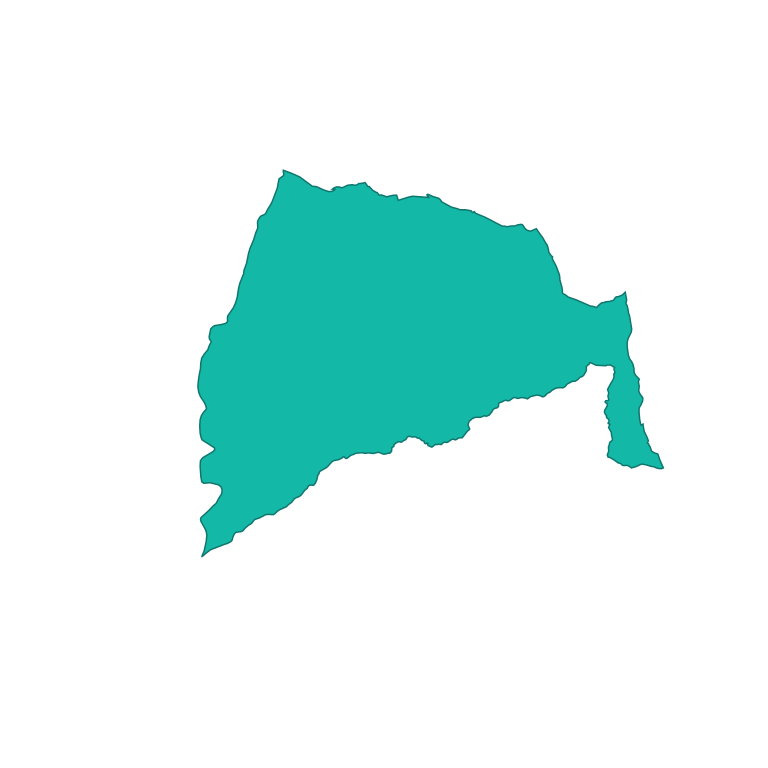 Ciénega, Boyacá, Colombia, rotated 144°
{"feature_id": "7082276B91225455065481", "entity_name": "Ciénega", "entity_type": "district", "adm_level": 2, "iso_a3": "COL", "parent_name": "Colombia", "parent_adm1": "Boyacá", "projection": "albers", "projection_center": [-73.291, 5.4], "detail": "fine", "context": "isolated", "style": "filled", "palette": "teal", "viewbox_px": 768, "rotation_deg": 144, "n_neighbors": 0, "source": "geoboundaries", "source_scale": "gbopen_adm2", "svg_char_len": 6171}
<svg xmlns="http://www.w3.org/2000/svg" viewBox="0 0 768 768"><g transform="rotate(144 384 384)"><path d="M633.1,351.3L627.8,351.7L621.8,351.9L607.8,348.2L604.2,347.0L600.5,346.5L598.8,346.9L595.8,349.3L593.5,350.5L591.9,351.0L590.3,350.7L586.2,348.5L584.2,348.2L581.2,349.0L576.8,349.4L573.2,349.1L568.4,350.4L563.2,348.8L556.6,347.9L553.9,346.3L550.4,343.4L548.7,343.2L545.4,343.7L542.8,343.7L535.1,342.1L532.0,342.6L528.1,342.6L524.1,343.8L522.2,343.7L518.3,342.7L515.8,343.0L510.5,344.6L507.6,344.7L504.8,346.1L502.7,345.4L500.9,343.7L500.2,343.5L498.1,344.0L496.6,344.8L494.4,346.2L491.2,349.1L489.2,349.7L488.5,350.5L486.9,351.0L479.5,350.2L477.7,350.4L472.1,351.7L469.6,351.5L465.3,349.5L461.6,348.8L459.5,349.0L459.1,348.7L458.7,346.3L457.5,345.6L452.5,345.8L450.0,344.9L447.8,344.6L446.4,343.9L442.5,341.5L439.6,338.7L437.3,337.6L433.5,334.1L428.9,332.2L427.7,330.9L426.3,328.4L425.2,327.2L423.6,326.3L421.7,325.8L420.1,324.6L417.6,325.0L415.0,327.9L412.9,327.7L412.3,328.0L411.9,328.9L411.3,329.1L409.2,329.2L406.3,328.8L405.8,328.5L404.4,326.9L403.2,326.6L401.5,326.7L399.1,326.2L396.5,327.3L395.2,327.3L394.0,326.5L392.0,324.2L390.0,323.2L389.3,322.2L388.8,320.7L387.3,319.5L386.6,316.1L385.2,314.3L386.0,312.4L385.3,311.1L383.8,310.9L383.4,310.4L383.4,310.1L384.3,309.4L384.5,308.2L382.6,305.0L381.8,304.7L378.9,304.9L377.5,304.7L376.8,303.8L375.2,303.2L373.6,301.6L372.8,301.3L371.2,301.8L369.8,301.6L367.0,299.5L361.4,299.3L360.2,298.5L359.2,296.9L357.8,296.5L355.2,296.5L352.3,294.5L344.4,296.8L341.5,297.0L340.9,297.7L340.7,299.5L339.8,301.9L336.9,303.9L335.4,303.8L332.5,304.2L332.0,303.7L330.6,303.8L327.9,302.2L326.4,300.9L325.0,300.2L321.3,299.3L320.7,298.2L319.7,297.6L317.2,297.0L312.8,298.2L310.7,299.2L308.9,299.2L306.7,298.3L305.2,298.3L304.7,298.5L302.5,300.9L301.7,301.0L298.8,300.1L296.8,300.0L294.8,299.1L294.0,297.9L292.6,296.9L287.5,296.8L286.3,296.4L284.3,293.7L280.9,292.3L278.5,290.2L276.6,287.6L272.9,287.7L266.6,285.1L264.0,282.0L263.3,280.4L261.9,279.8L260.3,279.8L257.2,280.4L254.5,279.8L251.8,280.2L247.4,279.6L244.1,277.9L241.6,275.8L240.8,275.6L238.9,275.5L235.8,276.3L229.5,275.3L228.9,274.6L227.4,273.8L224.2,273.7L221.4,274.2L219.2,273.5L217.2,273.7L213.3,275.4L211.8,276.7L210.2,279.0L208.4,279.5L206.3,279.5L204.9,280.3L204.1,279.4L201.4,274.5L193.7,268.3L192.7,268.4L190.2,266.6L189.6,266.4L187.8,261.8L188.8,261.3L189.3,260.7L190.4,257.6L191.2,257.1L192.1,257.1L193.9,254.3L197.1,252.3L199.3,251.6L206.3,248.2L207.5,244.6L210.1,242.4L211.3,239.2L212.1,238.8L214.5,240.1L215.4,239.8L215.8,239.0L215.0,236.9L215.5,236.0L216.8,234.8L220.8,233.1L222.2,231.7L222.7,229.6L222.6,227.4L223.3,226.8L223.7,225.6L223.1,224.0L223.3,222.3L224.0,221.4L225.2,221.0L225.9,220.3L225.8,219.9L225.1,219.4L225.0,218.6L227.9,216.8L228.5,211.6L229.1,210.2L230.1,208.7L231.5,205.2L232.7,204.2L235.1,204.2L236.1,203.8L237.6,202.3L239.3,201.3L241.8,197.5L245.0,195.4L245.7,193.3L244.4,191.7L242.6,187.6L240.9,182.5L239.4,180.8L238.8,177.9L237.5,176.7L236.2,176.1L234.9,174.9L233.9,173.2L233.2,170.7L228.9,169.1L222.6,167.8L219.5,164.6L216.3,160.3L214.3,158.4L212.9,155.9L211.3,154.0L209.3,152.4L207.3,151.9L205.5,160.4L203.7,166.1L203.8,166.7L205.8,169.4L207.0,172.3L205.6,177.0L205.6,178.7L205.2,179.8L205.5,181.6L203.5,182.6L202.5,186.4L201.4,192.3L199.7,196.3L198.0,199.3L199.8,199.5L200.3,199.7L200.2,200.1L198.1,204.8L194.3,211.2L192.3,213.9L191.1,215.0L189.1,215.7L184.8,218.2L183.0,220.3L182.7,221.2L182.8,225.3L182.0,228.7L178.8,232.2L177.4,235.3L176.6,236.6L174.6,237.8L175.3,243.2L175.2,244.8L174.5,246.9L172.7,249.5L171.1,253.4L170.5,256.4L170.5,260.0L169.4,263.6L165.6,270.8L163.0,274.5L160.2,277.0L153.6,280.6L151.4,282.7L145.2,295.0L144.4,297.9L143.3,299.7L141.2,304.6L141.1,306.8L138.1,309.6L134.9,316.5L139.0,315.9L143.3,317.0L144.9,318.0L146.4,317.8L148.8,316.9L150.1,317.2L152.5,318.0L156.7,320.3L158.1,320.6L160.0,321.7L162.7,321.7L167.2,321.0L169.2,323.9L171.3,325.9L178.8,338.7L183.9,346.1L184.9,349.8L186.1,351.7L186.1,352.7L184.4,355.3L182.9,358.4L180.3,365.4L179.6,366.1L177.9,369.2L175.4,378.3L174.3,386.0L173.8,387.1L172.9,387.7L173.4,390.0L173.3,392.9L173.0,394.0L171.0,398.3L170.8,400.1L170.3,400.2L170.3,403.3L169.6,409.0L169.7,413.1L169.5,420.1L175.6,421.5L177.5,423.7L178.0,424.6L178.5,427.3L178.3,430.8L178.5,431.6L179.4,432.7L182.7,434.3L185.6,435.0L186.5,435.9L188.3,437.1L192.0,438.9L193.7,440.9L195.5,442.1L204.1,459.3L209.6,468.3L209.6,470.3L211.7,470.7L211.7,472.9L215.6,477.0L220.0,480.2L221.7,482.8L225.4,487.3L229.9,496.6L230.2,497.9L230.1,500.1L230.6,502.1L234.2,506.9L237.0,511.7L238.1,511.8L238.2,508.7L250.5,519.1L254.4,520.8L264.5,524.2L262.8,529.4L265.9,531.4L271.8,533.9L274.8,538.3L277.0,539.8L277.0,542.7L278.0,544.3L279.3,547.4L279.9,552.5L281.0,553.1L280.9,558.0L284.0,559.4L286.5,560.9L289.2,561.1L289.9,561.4L290.9,562.1L292.7,564.0L296.7,566.2L302.5,567.3L304.5,569.8L306.3,571.2L308.8,572.0L311.2,572.0L309.5,570.6L309.4,570.2L311.5,570.1L314.1,571.1L315.8,572.4L318.9,576.7L322.1,582.5L323.5,584.2L325.7,586.0L330.5,601.1L334.9,608.7L339.8,616.1L341.1,614.2L341.6,612.8L343.0,611.6L348.1,611.7L349.4,610.7L355.3,605.1L367.5,597.1L371.7,595.1L374.1,594.3L379.8,591.4L381.8,591.5L384.4,592.2L386.8,591.8L389.8,590.4L391.5,588.9L394.4,584.4L398.7,581.8L404.4,577.5L412.6,572.5L416.6,569.5L424.2,562.5L430.5,558.2L432.6,555.8L441.5,550.2L445.2,547.1L451.9,540.3L456.2,537.0L460.8,534.3L470.4,530.9L472.1,529.2L473.3,527.1L475.0,526.1L477.1,526.3L481.3,528.0L486.7,530.8L489.2,530.9L491.8,530.4L497.6,525.1L498.9,522.7L498.6,520.4L499.5,519.4L503.4,517.4L506.5,515.2L511.7,513.9L516.2,512.1L519.8,508.8L523.7,504.0L527.7,500.4L532.7,495.3L536.2,491.2L538.8,486.1L539.9,481.7L540.2,475.0L540.8,471.7L542.0,468.5L543.7,467.8L546.4,467.3L550.2,465.8L553.6,463.3L557.7,458.4L561.7,452.2L563.6,447.7L564.0,445.7L558.7,432.1L559.6,430.3L561.9,429.8L573.9,430.9L577.6,429.8L581.2,425.4L586.8,416.4L588.9,412.0L588.1,409.6L582.8,406.4L577.3,399.9L576.3,396.8L577.2,393.4L579.9,390.6L585.8,388.2L589.9,386.1L594.4,385.7L600.4,384.6L610.6,383.5L612.1,382.2L612.8,380.5L613.9,371.7L614.9,368.2L616.6,365.3L620.8,360.7L627.6,354.7L633.1,351.3Z" fill="#14b8a6" stroke="#0f766e" stroke-width="1.5"/></g></svg>